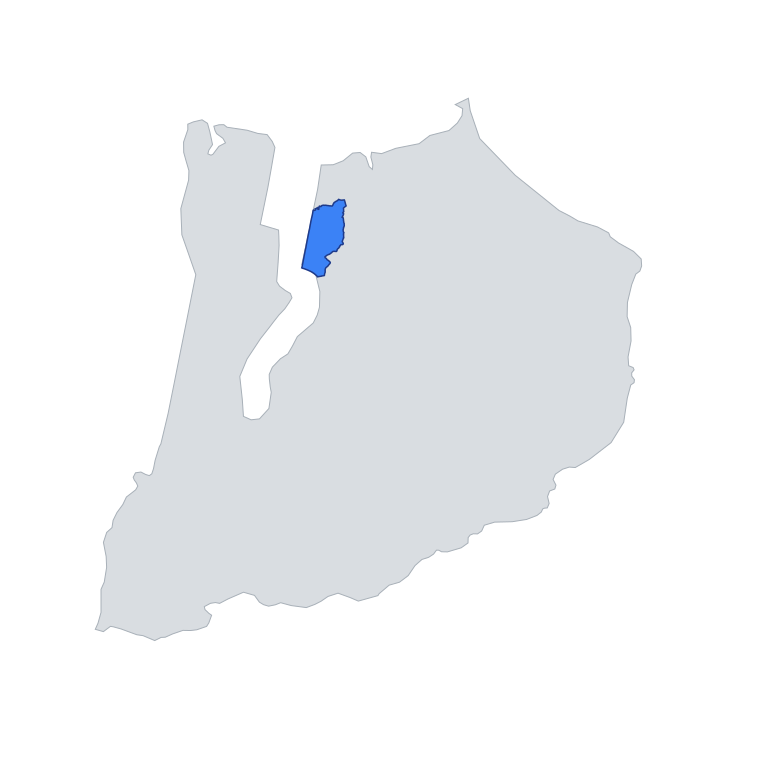 location of Nioro Du Rip, Kaolack, Senegal, rotated 101°
{"feature_id": "50182788B29473400533502", "entity_name": "Nioro Du Rip", "entity_type": "district", "adm_level": 2, "iso_a3": "SEN", "parent_name": "Senegal", "parent_adm1": "Kaolack", "projection": "natural_earth1", "projection_center": [-15.905, 13.752], "detail": "fine", "context": "in_parent", "style": "filled", "palette": "blue", "viewbox_px": 768, "rotation_deg": 101, "n_neighbors": 0, "source": "geoboundaries", "source_scale": "gbopen_adm2", "svg_char_len": 8173}
<svg xmlns="http://www.w3.org/2000/svg" viewBox="0 0 768 768"><g transform="rotate(101 384 384)"><path d="M592.9,349.6L602.0,367.8L600.1,376.5L598.1,389.2L603.2,398.4L609.3,404.4L613.6,409.9L618.3,417.6L619.2,432.8L618.4,443.7L621.5,448.6L624.1,454.9L623.6,460.1L621.9,464.7L616.2,470.8L615.2,482.2L624.7,496.0L630.7,503.5L630.7,507.8L632.4,512.5L636.8,517.9L639.6,516.7L642.5,512.2L643.9,509.1L652.0,510.4L655.8,511.9L661.0,520.9L662.9,526.8L664.2,534.3L669.6,543.7L674.3,550.4L675.3,554.5L679.6,560.1L677.0,572.5L677.3,578.8L674.6,595.5L674.0,603.4L674.1,606.3L680.6,612.2L679.9,620.6L673.4,619.1L662.2,618.2L639.6,622.6L631.8,620.8L616.9,621.3L606.4,623.8L593.0,629.2L582.6,627.9L576.9,623.6L569.5,623.9L561.1,621.6L552.2,617.4L544.1,615.3L535.3,607.6L531.2,606.2L528.3,608.2L525.9,610.8L523.4,612.4L518.6,611.0L516.8,605.8L518.3,600.7L518.7,596.9L516.5,594.8L511.1,594.1L502.5,594.1L488.5,592.6L485.3,591.6L454.1,590.3L421.8,590.1L394.3,590.0L359.7,589.8L335.4,589.7L312.6,589.6L295.1,599.8L276.1,610.9L250.6,616.9L221.2,614.7L211.8,616.2L202.1,621.2L194.9,624.8L184.8,626.9L171.7,625.1L166.4,626.2L163.1,621.2L159.4,613.0L161.8,607.0L169.7,603.1L181.7,598.0L188.0,600.6L191.7,600.8L192.4,597.5L191.2,595.8L182.2,591.4L177.5,585.6L173.6,589.0L170.2,596.1L167.5,598.2L163.4,600.2L161.0,595.4L160.0,590.7L161.9,587.1L161.0,566.7L162.1,555.8L161.5,546.3L167.2,540.0L172.6,536.2L193.6,535.8L213.1,535.5L231.9,535.7L251.1,535.9L253.0,516.9L259.1,515.4L268.1,513.4L285.1,511.1L303.9,508.9L307.9,505.2L311.0,498.9L313.0,493.2L316.9,490.8L322.2,492.7L329.1,495.7L336.3,500.3L344.5,504.5L350.0,507.2L363.1,513.9L385.6,523.2L404.1,527.0L426.4,520.1L442.6,515.8L444.5,507.6L442.0,499.6L430.0,492.3L413.7,493.1L408.6,495.1L401.0,497.5L396.5,498.5L388.8,496.8L379.0,490.5L372.8,484.1L364.2,481.1L354.0,478.1L337.6,465.1L329.1,462.7L321.0,462.0L305.5,464.6L290.3,471.6L282.4,487.5L267.2,487.2L235.0,486.7L205.4,486.3L181.0,487.4L178.5,475.8L172.7,466.7L163.3,458.8L161.3,451.6L164.5,445.2L173.5,440.0L175.6,436.3L170.9,436.8L163.7,440.2L158.9,440.4L158.3,430.3L150.4,417.4L141.4,395.4L131.3,386.4L122.8,368.6L113.9,361.8L105.7,358.6L98.7,359.3L96.1,367.4L87.4,355.7L99.3,351.5L124.8,336.9L154.1,295.0L180.3,245.3L183.7,233.6L186.9,224.7L189.1,204.4L192.8,192.3L196.3,190.0L200.8,180.7L206.2,164.4L212.2,155.4L219.0,153.6L224.3,154.4L228.1,157.8L239.1,159.8L257.4,160.6L271.5,158.2L281.5,152.6L294.6,149.7L310.9,149.6L319.4,147.3L320.3,142.6L322.4,141.2L325.8,143.0L329.0,142.3L332.0,139.0L335.0,138.8L337.9,141.6L351.5,142.5L375.8,141.4L398.2,149.9L418.9,168.1L429.5,180.3L430.2,186.3L433.6,192.5L439.8,198.6L445.4,199.8L450.5,195.9L454.5,196.3L457.4,201.0L463.3,202.0L469.8,199.1L474.5,200.1L475.3,202.9L476.4,204.4L479.6,205.1L483.8,208.7L489.8,218.3L494.7,231.8L498.5,249.1L503.5,258.6L509.7,260.1L513.3,263.6L514.0,267.8L515.8,270.6L518.7,272.1L524.0,271.2L530.1,277.0L536.7,289.7L537.7,295.5L536.7,298.5L537.1,300.8L541.5,302.9L545.6,307.1L549.0,313.3L556.3,318.9L567.5,323.7L575.6,331.0L580.5,340.6L590.8,348.8L592.9,349.6Z" fill="#d9dde1" stroke="#a8b0b8" stroke-width="1"/><path d="M262.9,455.9L262.7,455.8L262.4,455.7L262.1,455.6L261.8,455.6L261.6,455.7L261.4,455.6L261.0,455.6L260.2,455.3L260.1,455.1L259.9,455.0L259.7,454.9L259.6,454.7L259.3,454.4L259.0,454.4L258.5,454.1L258.4,454.1L258.2,454.1L258.0,453.9L257.8,453.9L257.6,453.8L257.3,453.8L257.3,453.7L257.2,453.7L256.7,453.5L256.5,453.4L256.1,453.2L255.6,453.0L255.3,452.7L255.3,452.1L255.1,451.6L255.0,451.4L255.0,451.2L254.8,451.1L254.7,450.9L254.3,450.8L254.1,450.8L253.9,450.8L253.6,451.1L252.9,451.4L252.8,451.7L252.6,451.9L252.4,452.1L252.0,452.2L251.7,452.1L251.4,452.1L250.9,452.0L250.6,452.0L250.0,451.9L249.4,451.8L249.2,451.8L249.1,451.7L248.6,451.6L248.4,451.5L248.2,451.7L247.8,451.5L247.7,451.6L247.2,451.7L246.7,451.8L246.3,451.9L246.1,452.0L245.4,452.1L245.2,452.2L245.0,452.3L244.9,452.3L244.5,452.4L244.4,452.3L244.2,452.4L243.9,452.3L243.7,452.4L243.3,452.5L243.3,452.4L243.0,452.3L242.9,452.4L242.5,452.8L242.3,452.9L242.1,453.0L241.9,453.1L241.4,453.3L240.7,453.5L240.3,453.5L240.1,453.6L239.8,453.5L239.6,453.5L239.1,453.5L238.6,453.5L238.4,453.6L238.2,453.5L238.0,453.4L237.7,453.5L236.9,453.3L236.7,453.3L236.5,453.2L235.8,453.3L235.7,453.3L235.1,453.5L234.4,453.6L233.8,453.8L233.7,454.0L233.1,454.3L232.9,454.4L232.8,454.5L232.6,454.5L232.4,454.5L232.2,454.6L231.7,454.7L231.5,454.8L231.3,454.9L231.0,455.1L230.6,455.1L230.3,455.2L230.2,455.2L229.9,455.3L229.5,455.5L229.3,455.6L229.2,455.6L228.9,455.6L228.6,455.9L228.5,456.2L228.4,456.3L228.3,456.5L228.3,456.9L228.1,456.9L227.8,456.8L227.0,456.6L226.8,456.4L226.7,456.5L226.5,456.4L226.3,456.4L225.4,456.1L225.2,456.1L224.7,456.2L224.4,456.2L224.2,456.3L224.2,456.5L224.0,456.8L224.0,457.0L223.9,457.1L223.6,457.0L223.3,457.0L223.2,456.9L222.8,456.7L222.6,456.5L222.4,456.4L222.2,456.5L221.9,456.6L221.6,456.7L221.4,456.8L221.2,456.8L219.9,457.1L219.7,457.2L219.4,457.3L219.2,457.3L218.9,457.3L218.4,456.9L217.4,456.0L217.1,455.8L217.0,455.7L216.6,455.4L216.5,455.2L216.3,455.2L215.1,455.9L213.6,456.6L212.4,457.2L211.7,457.6L211.2,457.8L210.9,458.0L211.1,458.9L211.2,459.3L211.4,459.6L211.4,459.9L211.5,460.2L211.7,461.0L211.7,461.9L211.7,462.2L211.4,463.7L212.4,464.4L212.7,464.6L212.8,464.7L213.0,464.8L213.3,465.3L213.6,465.6L213.9,466.0L214.1,466.3L214.6,466.7L214.7,466.8L215.1,467.3L215.6,467.6L215.8,467.8L216.2,467.8L216.5,468.0L216.8,468.1L217.4,468.2L217.7,468.3L217.8,468.3L218.1,468.3L218.4,468.5L218.6,468.6L218.8,468.7L219.0,468.7L219.1,468.8L219.2,469.1L219.3,469.5L219.3,470.4L219.4,470.6L219.5,471.2L219.5,471.6L219.5,471.8L219.5,472.0L219.5,472.3L219.5,472.6L219.5,472.9L219.6,473.0L219.6,473.3L219.6,473.5L219.6,473.9L219.6,474.3L219.7,474.5L219.6,474.8L219.7,475.3L219.7,475.6L219.7,476.0L219.8,476.2L219.9,476.3L220.0,476.6L220.0,476.8L220.0,477.0L220.0,477.6L220.3,478.1L220.4,478.3L220.4,478.7L220.5,478.8L220.7,479.0L221.0,479.4L221.1,479.5L221.5,479.5L221.8,479.7L222.0,480.5L221.9,480.7L221.7,481.0L221.7,481.3L221.8,481.4L222.1,481.5L222.3,481.4L222.7,481.4L222.8,481.4L223.1,481.6L223.3,481.9L223.3,482.1L223.3,482.3L223.3,482.5L223.6,482.6L223.8,482.4L223.9,482.2L224.0,481.8L224.0,481.6L224.2,481.4L224.6,481.3L224.8,481.3L225.0,481.5L225.1,481.9L224.9,482.4L224.8,482.6L224.7,482.7L224.6,482.8L224.3,483.1L224.0,483.4L224.1,483.6L224.9,484.3L225.0,484.5L225.1,485.0L225.5,484.9L225.6,484.6L225.8,484.5L226.0,484.4L226.3,484.6L226.6,484.9L226.7,485.1L226.8,485.3L226.9,485.7L226.9,486.0L226.7,486.5L227.1,486.7L232.3,486.6L236.0,486.8L236.6,486.7L237.7,486.8L239.0,486.8L239.7,486.8L246.4,486.7L248.9,486.8L250.8,486.8L261.8,486.8L265.4,486.7L266.2,486.8L266.9,486.8L267.2,486.8L268.1,486.8L269.3,486.8L270.1,486.8L270.9,486.8L271.8,486.8L272.4,486.8L274.4,486.8L276.5,486.8L277.0,486.8L277.4,486.8L278.8,486.8L279.9,486.8L284.4,486.8L285.7,486.9L286.0,485.5L286.0,484.8L286.2,483.6L286.4,482.4L286.7,480.8L287.4,477.7L288.1,475.5L288.6,474.4L289.0,473.4L289.6,472.4L290.0,471.7L291.0,470.2L291.5,469.8L291.2,469.2L291.2,468.9L291.0,468.5L290.7,467.7L290.5,467.1L290.4,466.9L290.1,466.0L289.9,465.9L289.8,465.5L289.4,464.5L289.3,464.2L289.2,464.0L289.1,463.6L289.0,463.4L288.9,463.3L288.7,463.2L287.9,463.3L287.6,463.3L287.3,463.3L286.9,463.3L286.6,463.3L286.0,463.1L285.6,463.1L284.1,463.3L283.7,463.5L283.2,463.5L282.9,463.6L282.4,463.6L281.9,463.5L281.4,463.4L281.2,463.3L280.8,463.2L280.6,463.0L280.5,462.9L280.3,462.8L279.9,462.4L279.7,462.2L279.3,461.8L278.6,461.5L278.3,461.3L277.9,461.1L277.0,460.7L276.7,460.4L275.9,460.0L275.5,459.9L275.0,459.9L274.8,460.1L274.7,460.2L274.3,460.5L273.8,461.3L273.8,461.6L273.4,462.1L273.3,462.4L273.1,462.7L272.9,463.5L272.7,463.8L272.0,464.3L271.6,464.9L271.5,465.2L271.4,465.7L271.2,465.8L270.8,466.1L270.6,466.2L270.3,466.2L269.9,465.8L269.7,465.7L269.1,465.0L268.8,464.8L268.5,464.6L268.3,464.3L268.1,464.1L267.6,463.3L267.4,463.1L267.3,462.8L267.3,462.7L267.1,462.4L266.8,462.1L266.6,461.8L266.4,461.7L266.0,461.4L265.9,461.3L265.8,461.2L265.6,460.9L265.0,460.4L264.5,460.1L264.2,460.0L263.9,459.8L263.7,459.4L263.3,458.6L263.2,457.9L263.2,457.6L263.2,457.3L263.1,456.9L263.0,456.3L262.9,455.9Z" fill="#3b82f6" stroke="#1e3a8a" stroke-width="1.5"/></g></svg>